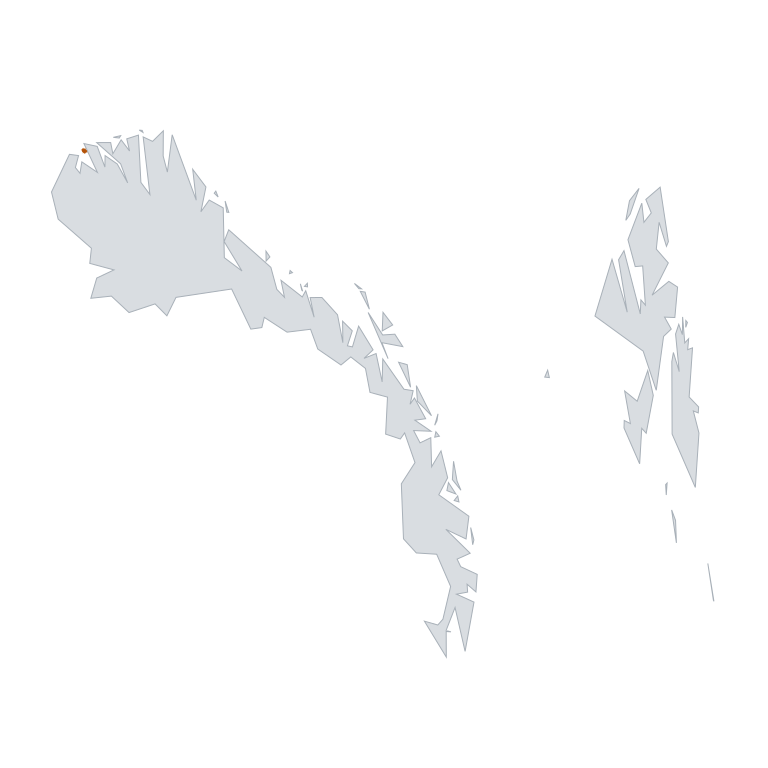 Bokn nor, Rogaland, Norway shown in context, rotated 84°
{"feature_id": "86288312B12151058165586", "entity_name": "Bokn nor", "entity_type": "district", "adm_level": 2, "iso_a3": "NOR", "parent_name": "Norway", "parent_adm1": "Rogaland", "projection": "robinson", "projection_center": [5.436, 59.216], "detail": "fine", "context": "in_parent", "style": "filled", "palette": "amber", "viewbox_px": 768, "rotation_deg": 84, "n_neighbors": 0, "source": "geoboundaries", "source_scale": "gbopen_adm2", "svg_char_len": 5567}
<svg xmlns="http://www.w3.org/2000/svg" viewBox="0 0 768 768"><g transform="rotate(84 384 384)"><path d="M465.4,361.4L434.8,368.6L440.4,373.5L434.0,387.6L397.4,381.9L390.9,398.8L366.6,400.8L353.6,414.2L360.6,424.8L342.3,446.2L321.9,451.3L322.3,475.0L305.2,496.1L315.1,499.6L315.5,510.7L273.6,525.6L276.1,581.8L293.5,592.8L280.4,603.3L286.3,630.1L268.1,645.9L268.1,666.6L248.6,658.6L242.3,640.6L233.3,664.0L218.4,660.8L186.0,690.8L158.3,694.6L122.7,672.8L124.9,663.9L136.5,668.3L142.7,664.3L131.5,661.3L143.6,646.9L113.5,657.3L117.7,644.4L139.1,638.9L127.7,637.5L137.3,626.3L157.2,617.9L137.5,622.9L113.9,644.5L115.3,630.6L126.7,629.6L113.7,619.9L125.7,612.7L113.3,614.2L110.8,602.2L158.1,604.7L171.1,597.0L113.1,597.7L118.5,588.8L109.1,577.0L134.1,579.8L150.6,577.3L114.0,568.6L181.6,551.5L150.5,551.8L169.4,540.5L193.6,548.1L182.8,538.6L192.0,525.5L241.7,529.6L256.8,513.4L225.6,528.1L214.4,522.3L256.2,484.3L278.7,480.7L287.4,473.9L270.1,475.6L288.9,456.2L283.1,452.1L310.3,446.5L290.3,448.4L291.5,436.7L310.3,423.0L338.6,420.6L317.2,418.6L327.8,410.0L342.2,416.4L343.8,411.5L323.8,403.2L348.9,391.3L356.4,401.2L352.9,388.7L381.7,385.6L359.0,382.6L391.3,364.7L393.7,355.7L406.9,360.2L401.1,355.2L422.9,346.2L423.2,357.1L435.9,342.2L433.4,359.4L446.3,354.3L442.3,343.1L471.3,345.3L456.5,334.3L483.9,330.5L499.9,341.1L524.4,313.4L546.7,318.6L535.0,337.7L561.3,316.0L565.8,329.6L573.7,326.8L583.1,311.2L600.4,314.3L591.8,322.3L599.7,322.6L600.6,333.9L610.3,317.3L658.4,331.3L613.7,336.7L635.4,347.9L662.1,350.6L624.1,368.6L629.3,355.7L624.1,350.0L592.3,338.9L558.8,349.4L555.4,369.5L540.0,380.8L485.1,377.2L465.4,361.4ZM318.3,81.9L348.3,87.8L346.8,98.0L359.4,92.6L365.9,101.0L418.7,113.9L378.4,122.8L338.5,167.1L283.8,144.2L338.0,134.6L284.9,137.7L276.5,131.4L341.1,121.8L327.2,119.7L332.9,115.8L293.6,114.4L293.5,121.9L266.0,126.3L231.1,108.7L250.4,108.6L241.8,100.3L227.8,104.3L217.1,88.8L272.1,86.3L276.6,88.7L251.9,93.5L278.3,99.1L293.3,88.6L323.7,108.1L311.7,90.0L318.3,81.9ZM380.3,73.4L428.8,81.9L439.7,73.5L445.6,74.5L443.1,79.2L465.7,75.9L519.4,85.2L463.9,102.7L391.8,95.4L382.9,92.9L402.6,89.1L364.8,88.8L355.5,84.6L366.1,82.1L348.5,80.0L374.6,80.6L370.8,76.3L381.6,78.4L380.3,73.4ZM423.5,117.4L460.4,128.4L455.0,132.3L490.1,138.1L452.8,149.9L445.4,148.9L449.1,143.1L416.1,145.4L427.6,134.0L398.2,120.3L423.5,117.4ZM342.7,381.7L359.2,377.3L311.2,392.3L335.1,380.2L335.6,368.0L348.8,361.4L342.7,381.7ZM367.2,358.9L390.0,357.9L363.9,367.2L367.2,358.9ZM389.0,352.0L420.5,340.1L404.5,352.6L389.0,352.0ZM216.1,109.9L240.7,121.4L246.5,126.4L227.4,120.7L216.1,109.9ZM326.2,369.2L331.0,380.2L312.6,377.5L326.2,369.2ZM497.7,318.6L486.2,326.0L468.1,322.9L488.2,321.5L497.7,318.6ZM500.9,324.0L496.6,332.6L488.8,330.2L500.9,324.0ZM290.6,393.2L308.1,390.7L289.4,397.9L290.6,393.2ZM633.5,79.0L596.3,80.7L634.6,78.6L633.5,79.0ZM550.1,108.3L572.6,109.8L539.3,111.1L550.1,108.3ZM535.8,312.8L548.5,310.9L553.1,312.6L535.8,312.8ZM509.1,321.8L507.2,326.4L503.0,322.4L509.1,321.8ZM441.7,334.4L442.2,339.1L436.9,337.4L441.7,334.4ZM394.9,218.9L393.9,223.4L387.4,219.8L394.9,218.9ZM523.9,114.9L513.5,114.4L512.1,112.8L523.9,114.9ZM245.7,484.2L249.4,488.4L239.5,487.5L245.7,484.2ZM419.3,333.4L426.2,335.2L430.3,337.9L419.3,333.4ZM354.5,75.8L359.2,78.0L352.4,77.2L354.5,75.8ZM196.7,522.4L185.4,522.9L197.1,520.4L196.7,522.4ZM180.7,529.4L176.5,532.9L174.6,531.1L180.7,529.4ZM286.6,399.0L280.9,402.9L287.0,396.4L286.6,399.0ZM111.7,621.6L110.4,627.4L109.5,619.9L111.7,621.6ZM278.6,452.9L275.8,449.7L279.4,449.9L278.6,452.9ZM637.5,343.3L636.8,347.3L636.2,346.6L637.5,343.3ZM281.9,456.0L275.6,456.7L283.2,455.2L281.9,456.0ZM263.7,463.4L264.4,466.5L261.3,465.5L263.7,463.4ZM108.6,597.4L105.9,600.9L106.5,598.0L108.6,597.4Z" fill="#d9dde1" stroke="#a8b0b8" stroke-width="1"/><path d="M119.7,656.7L119.5,656.8L119.7,657.0L119.4,657.1L119.3,657.3L119.4,657.5L119.5,657.5L119.4,657.6L119.3,657.8L119.3,658.0L119.5,658.1L119.8,658.2L119.7,658.3L119.8,658.4L119.9,658.5L120.0,658.5L120.3,658.7L120.4,658.8L120.5,658.8L120.7,659.0L120.8,659.0L120.6,659.1L120.6,659.3L120.6,659.2L120.8,659.2L120.8,659.3L121.0,659.3L121.1,659.2L121.2,658.9L121.3,658.8L121.2,658.8L121.3,658.7L121.2,658.6L121.3,658.5L121.2,658.6L121.3,658.6L121.5,658.6L121.4,658.6L121.5,658.6L121.4,658.5L121.5,658.5L121.4,658.5L121.6,658.5L121.6,658.4L121.5,658.2L121.4,658.2L121.5,658.1L121.5,657.9L121.4,657.9L121.4,657.7L121.2,657.5L121.3,657.5L121.2,657.5L121.2,657.3L121.0,657.1L120.9,657.1L120.7,657.1L120.8,657.1L120.7,657.1L120.5,656.9L120.4,656.8L120.3,656.7L120.2,656.7L120.1,656.8L119.9,656.8L119.9,656.7L119.7,656.7L119.7,656.7ZM121.0,656.4L121.0,656.5L121.2,656.8L121.2,657.0L121.3,657.1L121.4,657.3L121.5,657.5L121.8,657.8L121.9,657.7L122.0,657.7L121.9,657.7L122.0,657.6L122.3,657.6L122.3,657.4L122.2,657.4L122.3,657.2L122.2,657.2L122.3,657.2L122.2,657.1L121.9,657.0L121.8,656.9L121.7,656.8L121.7,656.7L121.4,656.6L121.2,656.5L121.2,656.4L121.1,656.5L121.0,656.4L121.0,656.4ZM119.5,658.3L119.4,658.3L119.2,658.4L119.2,658.5L119.4,658.5L119.3,658.8L119.4,659.0L119.5,659.1L119.4,659.1L119.5,659.2L119.6,659.3L119.9,659.3L120.0,659.3L119.9,659.3L120.0,659.3L120.0,659.2L120.0,659.3L120.1,659.2L119.9,659.2L119.9,659.3L119.9,659.2L119.7,658.9L119.9,658.8L120.0,658.8L119.9,658.8L120.0,658.8L119.9,658.9L120.0,658.9L120.2,658.7L119.9,658.5L119.7,658.4L119.5,658.3ZM121.4,655.9L121.4,656.0L121.3,656.3L121.5,656.4L121.7,656.5L121.8,656.4L121.8,656.5L121.8,656.4L121.9,656.2L121.7,656.0L121.6,655.9L121.8,656.0L121.8,655.9L121.7,655.9L121.4,655.9L121.4,655.9Z" fill="#f59e0b" stroke="#b45309" stroke-width="1.5"/></g></svg>